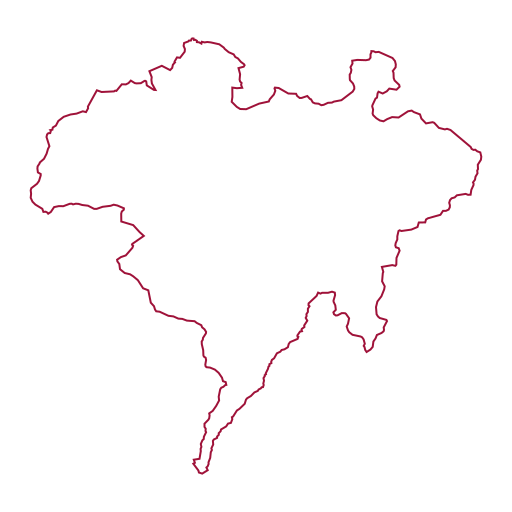 the district of Sita Buzaului, Covasna, Romania
{"feature_id": "2599482B84594995893474", "entity_name": "Sita Buzaului", "entity_type": "district", "adm_level": 2, "iso_a3": "ROU", "parent_name": "Romania", "parent_adm1": "Covasna", "projection": "robinson", "projection_center": [26.114, 45.599], "detail": "fine", "context": "isolated", "style": "outline", "palette": "rose", "viewbox_px": 512, "rotation_deg": 0, "n_neighbors": 0, "source": "geoboundaries", "source_scale": "gbopen_adm2", "svg_char_len": 5946}
<svg xmlns="http://www.w3.org/2000/svg" viewBox="0 0 512 512"><path d="M202.2,473.6L207.7,470.2L206.4,467.5L207.6,466.4L208.6,464.0L208.5,462.3L210.2,457.9L210.8,452.2L211.9,450.0L211.4,448.3L213.2,444.5L212.9,440.9L213.8,439.5L217.1,437.9L217.1,436.5L218.8,434.8L218.7,433.2L220.6,431.3L221.0,429.5L226.2,426.4L228.0,423.6L230.9,422.9L232.3,419.2L231.9,417.2L233.1,416.5L236.9,410.5L239.4,408.9L244.7,403.8L246.0,399.6L247.2,398.2L250.9,396.0L254.4,392.4L257.8,390.9L258.6,389.5L260.8,388.4L261.6,387.3L263.0,387.1L263.7,385.0L263.3,383.5L264.0,380.7L263.5,378.1L264.8,376.1L264.7,375.2L266.0,374.2L265.7,373.4L268.0,368.8L268.5,366.6L269.4,365.9L269.4,364.2L271.4,363.1L271.2,361.8L271.9,359.9L274.1,358.3L276.9,353.3L280.3,351.7L281.6,350.0L284.5,349.3L287.9,347.2L288.7,344.0L290.1,342.1L297.6,338.9L298.3,336.9L297.5,336.6L297.4,335.4L300.0,331.6L302.0,331.2L301.5,329.9L301.8,328.9L304.4,327.0L304.2,325.4L307.3,320.7L305.7,317.9L306.6,316.1L306.4,314.2L307.9,311.9L307.9,308.7L309.5,306.2L308.5,305.2L308.6,303.4L316.6,295.9L318.1,292.6L320.5,293.6L322.1,292.8L328.0,292.8L332.0,291.7L334.8,292.6L335.1,295.1L333.5,300.6L333.6,301.8L335.3,305.4L335.8,309.8L333.4,312.3L334.0,314.2L335.9,315.5L337.6,315.3L341.8,313.1L345.0,313.2L346.0,313.9L349.1,318.3L348.0,323.7L346.7,326.5L348.0,330.4L349.2,332.2L352.5,334.8L360.6,336.5L362.1,337.3L363.6,339.4L364.8,343.8L363.7,345.9L364.5,347.0L365.2,349.9L366.6,352.0L370.4,349.6L372.7,346.9L373.4,341.5L375.5,338.5L376.9,335.0L381.5,333.0L383.6,331.3L384.0,329.9L383.7,327.4L387.0,321.1L386.4,319.9L379.7,318.0L378.0,316.5L376.6,314.3L376.0,307.1L377.4,301.5L381.4,296.3L384.2,289.3L384.7,286.3L382.1,281.3L382.8,273.1L383.3,271.9L381.9,266.9L392.3,265.1L395.4,265.8L396.3,264.7L396.5,257.9L399.6,250.7L398.7,248.2L395.9,247.3L395.3,245.4L395.7,243.1L397.3,239.5L397.3,236.3L398.5,231.0L399.6,230.3L401.4,231.0L411.3,229.6L417.5,227.0L418.8,222.5L425.2,222.4L426.0,219.5L427.9,218.3L440.4,214.8L443.0,210.9L445.8,210.9L448.6,209.6L449.8,207.3L449.9,205.2L449.2,202.8L450.0,200.1L451.6,198.3L454.7,197.4L456.9,195.3L465.7,193.9L468.0,194.8L470.6,194.7L471.3,189.9L473.5,185.1L473.6,183.7L473.0,182.4L475.0,179.7L475.5,176.7L477.5,173.3L477.2,170.6L478.0,169.1L477.8,164.7L480.9,159.8L481.3,156.7L480.3,152.4L477.2,151.3L475.3,149.7L473.5,149.9L471.6,148.9L470.7,147.0L450.5,130.0L447.0,128.8L444.9,129.4L438.9,127.9L434.2,122.8L432.6,122.2L426.0,123.4L421.4,118.6L420.0,114.4L413.9,112.1L411.7,110.6L408.0,111.3L398.6,117.5L392.1,117.1L387.2,119.1L383.5,121.3L379.9,120.5L376.3,118.2L373.2,115.2L372.6,113.6L373.1,109.6L372.2,106.4L372.4,105.3L375.5,98.6L377.0,97.6L377.6,93.3L378.5,91.7L382.7,93.5L386.8,91.3L389.3,88.6L396.5,89.7L399.6,86.7L399.2,84.9L394.6,80.5L393.7,78.1L393.5,72.7L392.8,71.0L395.6,67.3L395.8,64.4L395.0,61.1L392.5,58.0L378.8,51.9L375.5,52.2L373.7,51.3L371.4,51.1L371.3,52.6L370.5,54.3L370.5,57.7L369.0,59.6L365.9,60.2L357.3,59.9L352.2,60.7L352.5,63.6L350.5,67.2L351.4,69.9L350.8,72.8L349.7,74.6L349.8,79.0L350.0,80.2L353.0,83.5L354.2,86.5L354.3,88.9L352.7,91.6L341.4,100.2L333.9,101.6L331.9,102.6L328.0,102.8L323.7,104.8L321.3,105.2L318.6,103.7L315.0,103.4L312.8,102.4L311.0,99.3L309.9,98.9L307.3,96.0L301.7,97.9L299.7,98.0L297.1,95.9L296.1,93.8L288.3,93.5L278.7,88.0L274.9,87.6L274.5,88.4L275.3,90.8L273.9,94.5L269.7,99.3L268.8,101.5L259.2,103.6L246.2,109.2L240.2,109.0L236.8,106.9L231.7,101.8L232.4,97.0L232.3,87.6L236.9,88.2L242.2,87.8L241.1,84.9L241.6,83.0L240.1,81.5L239.6,79.6L240.1,74.2L238.5,68.1L243.7,66.7L244.6,65.2L244.0,64.2L240.9,61.9L237.9,58.4L235.3,57.0L233.7,54.4L228.7,52.2L224.7,48.9L223.8,47.6L219.3,44.3L210.8,42.4L207.3,42.0L204.6,42.4L201.8,41.8L201.4,43.6L199.0,42.3L196.9,42.1L196.9,40.8L195.3,39.8L194.0,40.0L193.6,38.5L192.5,38.4L191.7,38.7L191.0,40.5L188.9,40.6L188.4,41.4L184.1,43.0L183.6,45.9L184.9,49.0L184.7,51.7L180.0,57.8L177.0,57.4L174.6,61.5L174.4,62.4L174.8,62.6L172.9,64.7L172.2,67.9L170.1,70.1L161.8,65.8L149.4,71.2L151.7,77.1L151.4,79.9L151.9,83.5L155.5,90.0L153.9,89.9L146.8,85.4L146.2,81.4L145.5,80.9L144.5,80.9L140.8,83.2L136.6,83.4L134.8,83.1L130.8,80.6L128.5,83.1L125.9,84.4L121.8,84.3L116.4,90.9L115.2,90.6L114.0,91.4L101.6,92.0L96.9,90.3L87.9,106.6L88.1,108.3L86.0,112.1L82.8,111.3L76.6,113.6L70.5,114.5L63.7,116.8L58.3,121.0L55.9,125.6L52.8,127.5L52.4,129.7L50.4,130.1L50.9,130.7L50.2,133.1L48.3,133.2L47.1,134.4L46.5,137.0L49.4,146.2L48.0,148.9L46.6,153.7L44.0,158.8L39.8,162.5L39.6,163.4L37.6,166.4L37.4,168.6L37.9,172.4L40.7,174.0L40.7,175.5L39.0,181.0L37.0,183.8L31.3,188.2L30.7,190.3L31.1,193.8L30.7,197.8L32.5,201.7L35.4,204.6L42.3,208.8L43.4,211.9L45.6,211.7L47.5,212.7L48.2,213.7L50.8,212.0L54.1,207.1L58.9,206.1L63.3,206.2L69.7,203.8L71.7,203.7L73.0,204.4L75.8,203.7L78.6,203.9L82.2,205.0L88.0,205.7L94.2,208.9L96.6,208.9L102.6,206.8L110.6,205.8L113.7,204.7L117.4,205.5L123.9,208.3L123.8,209.7L121.8,211.5L121.2,213.6L121.3,221.5L133.2,225.1L139.7,232.2L143.8,235.9L132.3,243.9L132.0,244.7L133.1,245.8L132.4,247.8L125.8,255.4L120.9,257.1L117.1,259.7L117.4,261.4L119.3,264.0L120.0,269.2L124.7,273.0L130.1,274.3L133.2,276.3L137.9,280.2L143.1,288.3L148.3,290.3L150.8,302.7L154.0,306.2L155.0,309.5L156.2,311.3L159.6,311.7L168.4,315.8L173.4,316.4L178.3,318.6L182.3,318.9L186.9,320.6L194.6,321.2L196.7,322.9L201.3,325.2L202.1,327.3L204.5,329.3L206.1,331.9L205.9,333.4L203.0,337.9L202.8,339.7L201.7,341.5L201.8,344.2L203.2,350.2L203.4,355.4L203.9,356.6L205.6,357.7L206.1,360.0L205.3,364.6L205.6,366.3L206.5,367.2L210.1,367.6L214.9,369.6L218.7,372.9L222.0,377.7L223.0,381.2L225.7,382.1L226.3,384.9L225.2,385.1L223.4,386.8L221.3,387.7L220.2,389.3L218.7,396.7L219.1,400.5L216.2,405.9L212.7,410.9L209.2,413.4L209.6,415.4L209.2,418.3L208.4,419.7L204.5,423.7L204.5,426.9L205.7,428.7L205.5,431.0L206.1,432.2L203.9,436.7L203.7,439.1L202.4,440.3L200.8,444.0L201.4,446.9L200.6,448.9L200.8,451.1L199.5,458.8L193.8,459.7L194.9,462.8L193.3,463.7L198.4,470.5L198.9,472.5L202.2,473.6Z" fill="none" stroke="#9f1239" stroke-width="2"/></svg>